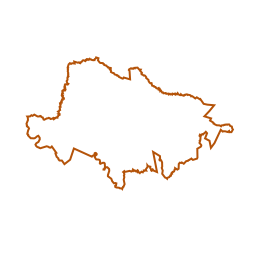 Rosario, Chihuahua, Mexico (Mercator projection), rotated 203°
{"feature_id": "50627088B90128924011430", "entity_name": "Rosario", "entity_type": "district", "adm_level": 2, "iso_a3": "MEX", "parent_name": "Mexico", "parent_adm1": "Chihuahua", "projection": "mercator", "projection_center": [-106.293, 27.279], "detail": "fine", "context": "isolated", "style": "outline", "palette": "amber", "viewbox_px": 256, "rotation_deg": 203, "n_neighbors": 0, "source": "geoboundaries", "source_scale": "gbopen_adm2", "svg_char_len": 5864}
<svg xmlns="http://www.w3.org/2000/svg" viewBox="0 0 256 256"><g transform="rotate(203 128 128)"><path d="M64.1,180.5L67.8,179.8L73.5,183.4L73.0,182.5L76.7,183.1L77.6,181.5L81.2,182.4L82.3,181.8L82.7,182.3L83.9,182.5L86.0,182.0L86.2,181.7L86.8,182.0L87.7,181.6L88.3,180.7L89.0,180.6L89.5,179.9L89.4,179.5L91.2,179.3L92.4,179.7L92.3,178.9L92.9,178.6L94.9,178.7L95.9,179.4L96.1,178.2L97.3,178.2L97.1,177.5L97.3,177.2L98.0,177.3L98.5,177.8L99.5,177.0L100.5,177.0L100.5,176.1L101.0,176.3L102.0,175.5L102.6,175.8L103.6,174.8L104.1,175.5L106.2,174.4L106.7,174.5L107.0,174.9L108.9,173.8L109.7,174.4L110.4,174.0L111.8,175.0L112.4,174.6L112.4,175.3L112.8,175.6L113.7,175.2L114.0,176.4L114.3,176.6L115.1,175.7L115.6,176.6L116.3,175.8L117.5,175.7L118.7,176.5L120.0,176.2L120.5,176.7L122.3,176.4L123.9,178.5L124.8,177.9L126.1,178.3L127.5,179.4L128.0,180.3L130.8,181.1L131.1,181.9L132.5,182.7L133.3,182.9L134.1,182.4L135.7,182.9L136.4,182.7L136.9,183.2L136.8,184.3L139.2,185.4L139.1,186.7L140.6,186.2L142.8,187.3L145.0,186.2L145.0,185.6L145.9,185.6L146.3,184.6L147.5,184.5L147.6,184.1L148.7,184.0L149.9,182.4L149.9,181.7L148.9,181.2L145.1,173.6L151.6,172.8L151.7,171.8L152.4,171.3L156.4,171.5L156.9,172.1L157.7,172.0L158.3,172.4L158.8,172.0L159.4,172.3L161.3,172.1L162.6,173.0L163.7,172.7L165.6,172.9L166.0,174.0L167.6,174.9L166.9,175.5L167.3,176.5L170.0,175.9L170.2,176.3L171.8,176.5L172.3,177.0L174.5,176.7L175.0,177.4L176.3,177.5L176.6,177.9L178.8,177.1L179.6,177.2L182.1,178.6L182.5,180.7L184.9,180.5L184.8,179.5L185.5,178.5L185.3,177.5L185.9,177.3L186.0,177.0L187.7,176.5L188.8,176.7L189.6,176.3L190.3,176.7L190.8,175.5L191.5,175.8L192.4,175.5L192.2,175.1L192.6,174.9L192.4,174.6L192.8,174.2L193.3,174.5L193.6,174.0L193.7,173.5L193.3,173.3L193.4,172.9L195.3,173.0L196.1,172.5L196.5,170.8L197.0,170.4L197.2,169.0L198.0,168.9L198.8,169.3L199.7,168.5L203.4,168.1L202.3,166.5L204.7,165.8L205.5,164.7L206.8,165.0L207.5,163.4L207.2,160.2L206.6,160.0L206.7,159.2L206.1,158.5L206.2,158.0L205.6,157.2L205.6,156.6L204.4,155.2L204.4,154.3L203.8,153.8L203.6,152.6L203.2,152.4L203.5,152.0L203.1,151.6L203.4,150.5L202.5,148.8L202.8,147.2L201.3,145.4L200.2,145.3L200.5,144.4L202.9,143.7L203.0,142.7L202.3,141.8L202.6,140.9L201.8,140.6L201.8,139.8L201.2,139.9L201.0,139.2L200.5,138.9L200.6,137.9L201.0,137.7L202.1,138.0L202.9,136.7L202.3,136.1L202.5,135.6L202.0,135.3L202.1,134.3L201.6,134.2L202.0,133.5L201.8,132.5L201.4,132.6L201.2,131.9L200.6,132.2L200.6,131.7L200.1,131.3L200.1,130.8L198.8,130.5L198.5,130.0L199.1,129.8L199.1,129.4L199.7,128.8L199.2,128.4L199.8,127.8L199.8,126.4L199.1,126.2L199.0,125.7L199.8,125.6L199.8,125.3L199.3,125.0L200.3,124.2L199.8,123.4L199.2,123.2L199.3,122.8L198.6,121.5L199.0,121.5L199.3,120.9L197.6,118.1L198.0,117.9L198.1,116.7L198.8,115.8L198.0,115.5L197.4,114.4L196.4,114.1L196.6,113.6L197.2,113.4L196.5,113.0L197.0,112.6L196.9,111.5L197.4,110.9L197.0,109.9L198.5,109.3L198.7,108.7L199.4,108.5L199.3,107.9L199.7,107.1L200.8,107.9L201.3,107.0L202.9,106.0L203.6,106.4L204.9,106.4L205.5,105.6L206.4,105.2L208.3,102.9L209.0,102.8L210.6,104.4L211.9,104.2L212.9,104.9L213.6,104.8L214.3,103.9L215.8,103.3L219.5,103.7L220.6,101.9L221.9,102.0L222.7,100.4L225.2,99.2L224.4,98.6L223.2,96.3L223.1,92.2L221.9,90.9L222.0,90.4L221.6,90.0L219.9,89.7L218.9,88.8L219.0,86.8L218.4,83.2L217.3,82.9L217.1,82.1L213.6,80.6L210.5,81.7L209.6,82.5L208.3,85.0L207.5,85.8L205.5,84.5L204.8,83.1L205.0,80.2L206.4,78.2L206.7,76.6L205.6,75.6L203.9,75.0L202.6,75.3L202.0,75.0L200.8,75.1L195.7,79.4L193.8,79.6L192.8,79.3L191.5,79.7L190.9,81.2L184.4,77.2L185.0,76.8L184.9,76.3L182.4,73.6L180.2,72.8L179.7,71.9L178.4,71.3L176.1,72.2L172.4,69.9L168.9,76.2L169.8,88.0L150.1,87.5L149.9,88.4L148.5,89.9L148.8,91.8L148.4,92.3L147.6,92.4L146.6,91.8L146.5,91.1L147.2,89.8L147.4,88.4L145.5,86.9L144.9,86.7L142.6,87.5L141.5,87.4L140.5,86.1L140.2,84.6L139.5,84.2L137.5,86.2L136.4,86.6L135.6,86.3L134.1,83.5L133.7,81.1L134.4,80.5L134.3,80.2L133.4,80.5L133.4,82.5L132.3,83.6L131.7,83.8L129.4,82.9L128.5,81.2L128.1,76.8L127.6,75.7L123.6,74.8L121.7,72.8L119.3,71.6L118.2,72.4L117.1,72.5L116.6,70.5L117.2,69.7L116.7,68.8L115.5,68.7L112.9,69.5L111.8,69.3L110.3,70.0L109.5,69.6L109.6,71.9L109.2,72.1L109.2,75.0L111.8,78.8L112.2,81.4L113.2,82.6L113.1,83.6L113.9,84.7L113.9,85.2L115.2,85.6L114.6,86.8L114.1,86.4L112.8,87.0L109.7,89.2L107.9,89.2L107.2,90.0L107.3,90.6L106.9,91.0L107.1,91.7L106.4,91.5L105.7,90.8L105.1,91.6L103.5,91.1L102.7,92.9L102.0,92.6L101.5,91.1L100.7,91.5L99.5,91.1L99.3,92.0L98.6,92.5L98.4,93.1L97.1,93.0L97.1,93.5L96.5,94.5L96.8,95.1L94.6,95.9L95.5,96.6L94.8,99.8L95.5,101.2L94.6,100.7L92.3,101.1L92.0,99.9L90.8,99.1L90.3,98.2L89.6,97.8L89.2,98.2L89.4,99.3L89.2,99.6L87.8,98.8L84.1,98.8L95.5,115.8L87.6,114.6L86.4,112.2L86.8,111.5L86.6,110.9L86.1,110.6L84.9,111.2L83.2,109.7L81.4,105.7L81.4,104.5L79.4,102.4L78.6,99.2L74.6,96.9L73.4,97.0L72.2,96.6L72.3,97.3L71.5,98.4L70.8,98.9L70.7,99.8L70.0,100.6L70.3,100.9L69.9,101.2L70.1,102.3L69.6,103.0L70.3,103.4L69.8,105.0L69.4,105.0L68.6,106.1L68.9,108.0L68.3,108.5L68.8,109.4L66.3,109.0L65.5,110.3L67.2,114.7L66.8,116.3L65.3,116.6L65.0,117.3L62.7,116.9L61.5,120.2L59.9,121.3L59.8,122.0L59.1,122.5L58.5,123.6L57.9,124.0L57.7,124.6L55.8,124.0L52.5,126.8L52.5,127.9L56.1,136.0L53.7,139.2L53.6,140.3L54.0,141.0L56.4,142.2L56.6,144.3L57.0,144.4L56.8,145.5L57.8,148.2L59.1,148.7L59.2,150.0L57.6,150.0L57.3,151.4L56.3,151.5L56.1,152.5L55.6,153.1L54.9,154.9L53.2,154.1L53.0,148.5L48.0,148.1L43.9,142.1L42.5,147.9L41.9,162.6L39.4,161.7L38.7,162.4L36.9,163.0L34.9,163.2L33.8,164.7L33.2,163.7L31.2,164.6L30.8,167.6L31.8,168.2L33.0,169.9L34.7,169.8L36.1,170.8L37.5,170.3L38.0,169.7L39.1,169.6L40.1,168.6L40.7,168.6L41.2,167.7L42.4,167.3L42.8,166.9L43.0,165.9L44.6,166.2L47.4,165.2L49.7,165.3L50.5,165.8L51.0,165.5L52.0,166.4L55.4,166.9L55.3,169.3L62.2,168.6L59.6,175.7L57.6,182.6L64.1,180.5Z" fill="none" stroke="#b45309" stroke-width="2"/></g></svg>